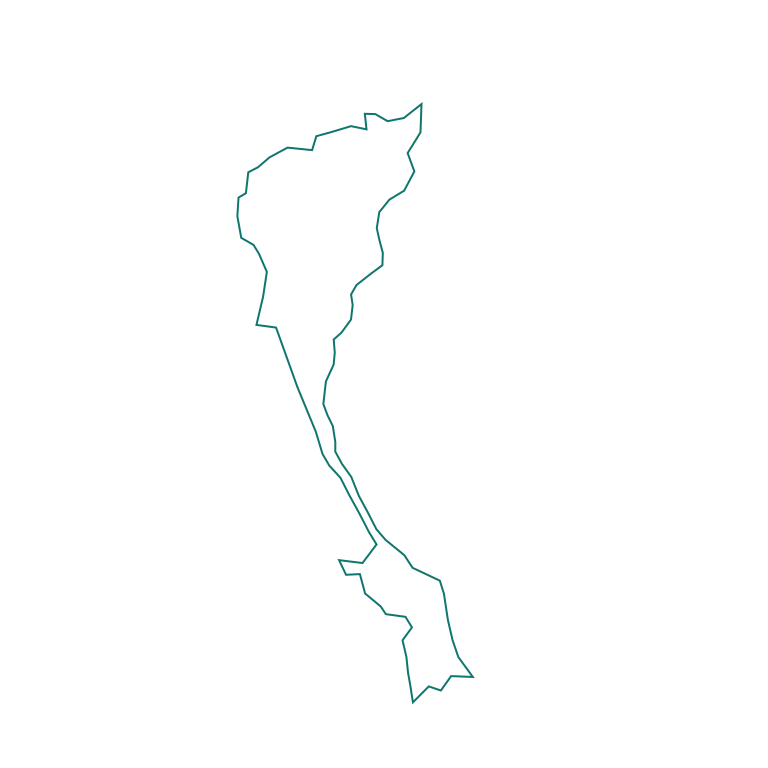 the district of Nikitas, Cyprus, rotated 210°
{"feature_id": "46923920B78041797088340", "entity_name": "Nikitas", "entity_type": "district", "adm_level": 2, "iso_a3": "CYP", "parent_name": "Cyprus", "parent_adm1": "", "projection": "orthographic", "projection_center": [32.942, 35.183], "detail": "fine", "context": "isolated", "style": "outline", "palette": "teal", "viewbox_px": 768, "rotation_deg": 210, "n_neighbors": 0, "source": "geoboundaries", "source_scale": "gbopen_adm2", "svg_char_len": 1294}
<svg xmlns="http://www.w3.org/2000/svg" viewBox="0 0 768 768"><g transform="rotate(210 384 384)"><path d="M491.5,645.2L499.8,624.3L512.3,613.4L526.5,613.4L535.7,608.4L526.5,595.8L541.5,590.8L555.7,575.7L566.5,564.8L563.2,550.6L585.7,540.5L596.5,523.0L601.5,508.7L607.4,499.5L599.0,480.2L603.2,472.7L594.9,456.0L580.7,439.2L566.5,439.2L557.3,434.2L541.5,422.5L532.3,399.0L524.0,371.4L505.7,378.9L457.3,337.9L419.2,308.6L402.3,292.7L390.6,286.0L374.8,281.0L357.4,269.7L357.0,269.5L341.5,260.1L332.5,254.4L323.1,248.3L310.2,241.3L310.4,240.0L313.1,218.2L334.8,209.0L321.5,199.8L309.8,207.3L295.6,193.1L275.6,189.7L267.3,185.6L249.0,193.1L238.1,187.2L239.8,171.3L228.1,158.8L219.0,146.2L210.6,136.2L199.8,122.8L194.0,144.5L181.5,147.0L179.8,164.6L160.6,174.7L183.1,184.7L196.5,196.4L210.6,211.5L227.3,232.4L237.3,241.6L267.3,239.1L280.6,245.8L282.1,246.1L304.8,249.8L317.9,254.4L334.0,264.8L349.8,274.5L365.9,287.2L380.5,293.8L392.4,301.1L397.0,309.2L407.3,322.0L417.3,328.7L426.5,336.3L435.6,357.2L437.3,375.6L442.3,386.5L449.8,397.4L446.5,407.4L444.8,423.3L450.6,436.7L457.3,445.1L457.3,456.0L450.6,472.7L444.8,486.1L450.6,497.0L459.8,506.2L468.2,515.4L474.0,530.5L471.5,546.4L463.2,561.5L464.0,583.3L479.0,595.8L478.2,620.1L491.5,645.2Z" fill="none" stroke="#0f766e" stroke-width="2"/></g></svg>